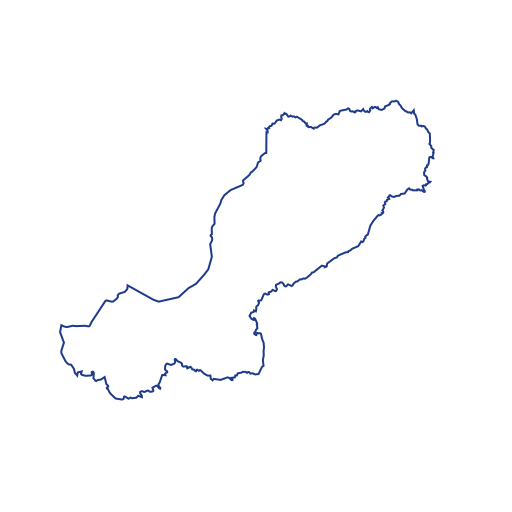 Mucajaí, Roraima, Brazil, rotated 141°
{"feature_id": "56859067B90019213864957", "entity_name": "Mucajaí", "entity_type": "district", "adm_level": 2, "iso_a3": "BRA", "parent_name": "Brazil", "parent_adm1": "Roraima", "projection": "natural_earth1", "projection_center": [-62.094, 2.526], "detail": "fine", "context": "isolated", "style": "outline", "palette": "blue", "viewbox_px": 512, "rotation_deg": 141, "n_neighbors": 0, "source": "geoboundaries", "source_scale": "gbopen_adm2", "svg_char_len": 6051}
<svg xmlns="http://www.w3.org/2000/svg" viewBox="0 0 512 512"><g transform="rotate(141 256 256)"><path d="M73.8,204.0L75.3,205.7L74.5,208.5L73.6,209.2L73.6,210.8L74.4,212.8L73.4,214.5L72.1,215.6L70.7,215.8L69.5,217.6L68.0,217.9L67.3,217.5L66.0,218.8L65.3,218.4L63.7,219.2L59.3,223.5L58.1,223.3L57.2,222.2L57.3,220.9L56.7,220.4L56.2,222.2L53.1,224.3L53.3,224.9L51.2,226.4L51.7,229.8L50.6,231.2L50.7,234.0L50.0,234.1L48.3,235.9L43.9,241.7L44.1,243.9L43.4,246.5L43.7,248.1L43.3,250.2L44.0,251.6L45.7,252.5L45.6,253.2L47.3,254.5L47.7,256.5L44.8,261.3L43.2,265.7L43.5,267.1L41.7,270.0L45.6,269.2L46.0,270.9L47.6,271.9L48.0,273.7L48.7,274.3L49.5,278.9L49.0,281.9L49.2,284.1L48.6,286.0L49.2,288.3L51.3,289.1L53.0,290.6L55.9,290.5L56.2,289.8L57.1,289.7L61.8,291.0L63.2,289.8L66.4,290.4L68.2,292.8L67.8,294.7L68.5,294.4L69.1,295.1L69.2,296.4L69.9,297.1L72.3,297.3L72.1,298.9L74.6,298.7L75.3,298.1L75.5,297.3L77.6,296.6L78.2,297.1L78.3,298.6L80.0,298.9L80.4,299.6L80.7,301.2L80.3,302.7L83.3,302.3L85.5,305.3L88.0,306.0L88.2,305.3L88.9,305.4L89.9,307.7L91.1,308.4L91.6,309.5L91.0,311.3L91.4,312.7L93.6,312.9L98.0,315.3L99.7,315.9L102.8,314.2L104.5,316.2L106.7,317.0L110.2,316.2L114.2,316.6L115.9,315.9L117.0,316.3L118.6,315.8L120.5,316.0L124.2,317.4L127.6,317.3L129.8,319.0L131.0,318.6L132.1,321.7L133.8,322.8L134.3,323.8L134.5,324.6L133.9,324.8L134.5,325.6L133.0,327.1L134.1,327.8L133.9,330.1L134.7,331.2L134.5,332.8L136.4,337.9L136.7,338.6L138.1,338.9L138.6,340.6L139.9,341.3L140.8,343.3L141.5,343.2L143.2,343.9L143.0,347.1L143.2,347.8L143.9,348.1L143.9,349.1L146.5,348.5L147.8,349.3L149.1,348.0L149.6,346.5L151.2,345.8L152.0,347.3L154.6,348.2L157.5,347.4L158.8,347.4L159.8,348.5L162.1,347.4L163.5,348.2L165.0,347.9L165.3,347.3L165.8,347.9L167.4,347.7L167.5,346.9L169.4,345.0L170.0,345.6L183.2,329.6L184.5,330.4L189.5,330.3L191.1,329.3L192.5,327.1L195.5,327.4L199.7,324.7L205.9,323.9L207.4,324.2L210.3,323.1L218.2,322.9L218.9,322.6L219.9,320.3L221.5,319.6L234.1,323.2L242.2,323.2L247.7,321.3L250.9,319.1L261.2,314.7L263.9,312.4L267.9,307.1L271.2,306.5L272.8,305.6L276.7,300.6L278.1,300.7L278.6,300.1L278.5,298.2L279.3,296.8L280.4,295.7L284.2,294.0L290.8,283.2L301.4,275.7L307.6,274.2L320.0,272.1L328.7,273.5L342.1,272.7L360.4,281.8L363.3,286.7L374.3,314.0L376.7,311.4L377.8,311.1L380.7,310.7L386.1,312.9L388.3,312.4L389.3,311.0L390.8,310.5L395.7,310.5L397.0,311.5L400.2,315.6L401.2,315.9L425.0,308.3L429.2,306.4L430.3,306.6L433.2,309.7L440.1,314.8L442.3,317.1L447.8,319.8L449.7,322.3L450.8,324.7L456.2,320.1L459.8,309.5L466.9,304.9L468.4,303.0L470.2,294.5L470.3,292.3L469.8,289.6L468.1,287.9L468.5,282.9L470.3,279.1L470.2,275.6L468.2,277.4L467.5,277.6L464.1,276.0L466.2,274.5L466.1,273.1L463.8,270.1L459.6,267.1L458.5,267.0L457.6,267.6L456.9,269.1L455.8,269.0L455.4,268.4L455.7,267.1L459.2,263.4L459.3,260.1L458.8,259.4L457.3,259.3L454.0,257.5L449.8,257.2L452.9,250.6L452.6,248.4L453.0,247.5L454.9,247.5L455.2,246.7L454.8,245.6L455.5,243.1L455.7,240.4L454.8,233.6L450.4,228.7L449.0,228.3L447.0,229.7L446.4,229.5L444.8,225.3L442.6,224.9L441.8,223.4L438.2,221.2L435.5,221.5L433.5,218.1L432.6,219.4L432.4,222.4L431.4,223.3L429.6,222.7L428.4,220.6L424.7,219.6L423.7,217.0L421.6,215.8L420.7,215.8L420.2,216.4L419.4,218.8L415.3,218.1L414.5,217.3L414.5,214.1L414.0,213.2L413.4,213.6L413.4,216.7L412.6,217.6L410.5,218.3L403.7,222.6L401.4,220.3L400.9,221.6L400.1,221.9L398.2,221.5L397.7,222.3L398.2,224.2L397.8,225.5L395.6,227.8L393.7,228.5L392.8,228.3L390.6,224.8L387.3,223.8L386.0,224.2L385.0,225.2L384.5,226.6L383.8,226.9L383.3,226.6L383.1,223.5L381.4,220.2L381.3,219.0L382.4,217.3L382.1,215.8L379.3,214.0L379.1,213.1L379.9,212.7L380.1,211.9L376.7,211.2L376.5,209.9L376.9,208.0L375.7,206.8L375.7,205.3L375.2,204.2L373.8,204.9L373.2,204.7L372.7,202.7L371.4,202.6L371.0,202.1L370.4,197.3L369.5,194.9L368.7,193.3L366.7,191.8L368.4,189.0L368.0,186.7L366.2,187.1L361.5,182.0L354.5,179.6L353.7,178.5L353.0,174.8L352.4,174.4L351.5,175.5L351.5,176.6L348.8,175.0L347.3,176.2L346.0,175.2L344.0,176.3L341.0,174.6L339.3,174.4L336.9,172.4L336.5,170.8L335.1,170.8L334.4,170.1L334.3,168.0L332.6,167.2L331.2,164.5L328.3,162.7L321.2,166.0L319.3,165.9L316.0,171.0L312.8,173.6L309.8,177.5L307.3,179.9L304.6,183.9L303.7,187.1L301.1,192.6L301.5,193.6L302.9,194.4L303.4,195.3L304.2,195.6L305.5,194.4L306.0,195.0L306.3,196.8L305.2,197.6L304.0,197.5L302.9,198.5L300.3,199.0L299.6,200.5L298.8,201.2L298.4,202.5L297.6,202.7L296.2,207.7L296.6,209.0L297.2,208.8L297.3,207.8L297.9,207.6L298.3,208.1L299.0,210.0L298.8,213.5L295.6,214.9L292.8,214.0L291.8,214.9L290.9,213.1L288.9,214.8L288.2,216.0L287.2,216.5L285.3,216.5L283.0,217.7L282.7,219.7L281.9,219.8L281.1,218.9L279.7,218.3L274.1,221.3L272.6,221.1L271.5,218.9L270.4,218.2L269.8,218.2L269.4,219.5L268.5,219.8L267.0,218.8L264.4,219.2L263.1,216.5L262.5,216.2L260.6,217.0L259.9,219.7L258.6,221.0L255.2,220.1L253.6,220.2L252.4,219.0L252.2,216.7L252.8,215.1L252.3,213.9L251.8,213.5L248.9,213.8L247.2,210.3L246.0,210.1L244.6,210.8L241.3,211.0L239.9,210.2L236.6,210.2L235.6,209.3L233.3,208.7L232.2,207.5L229.9,207.2L225.2,207.3L222.8,207.9L221.7,207.1L211.0,207.1L209.0,204.7L209.6,204.0L208.1,203.5L207.6,203.4L205.4,205.4L196.6,205.0L194.0,204.0L192.1,204.7L183.9,202.4L182.1,201.1L181.0,201.6L179.3,201.0L176.6,201.1L170.4,199.3L165.1,201.1L164.6,199.9L163.5,199.7L160.9,201.3L159.5,201.2L159.1,202.1L157.0,202.6L155.7,202.2L147.9,207.7L142.4,209.5L136.2,210.7L135.1,210.7L134.6,209.9L133.2,209.4L131.6,209.5L131.3,210.2L130.0,209.5L129.0,210.7L129.2,211.8L126.1,213.1L125.3,215.1L122.8,215.0L122.2,216.6L121.2,216.9L120.0,216.3L118.9,217.2L116.5,216.5L116.2,217.6L116.6,218.4L114.0,219.1L113.4,218.7L113.1,217.0L111.7,215.1L109.1,214.3L106.6,212.6L104.3,213.0L101.2,211.0L96.5,212.4L94.5,212.3L94.4,210.6L92.8,209.0L92.7,208.2L89.4,205.6L89.0,206.2L87.5,205.3L87.4,204.1L86.8,203.3L85.8,202.9L85.2,200.2L84.5,199.7L84.0,200.2L84.0,201.2L82.4,205.6L80.9,205.3L79.9,204.0L79.2,204.0L78.6,204.7L77.5,204.1L75.3,204.4L74.6,203.8L73.8,204.0ZM167.4,347.7L168.1,348.5L168.1,346.5L167.4,347.7Z" fill="none" stroke="#1e3a8a" stroke-width="2"/></g></svg>